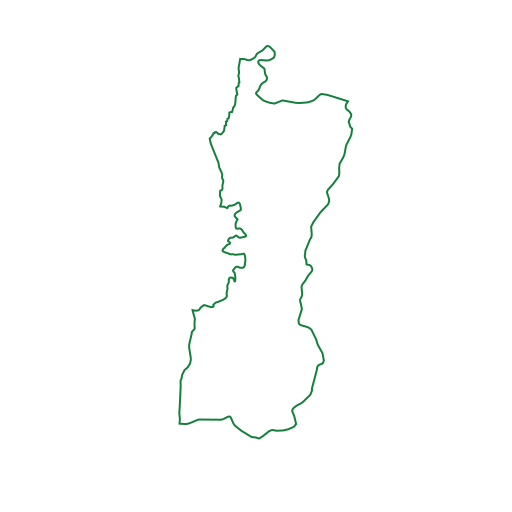 Lima, Mercator projection, rotated 40°
{"feature_id": "PER-591", "entity_name": "Lima", "entity_type": "Department", "adm_level": 1, "iso_a3": "PER", "parent_name": "Peru", "parent_adm1": "", "projection": "mercator", "projection_center": [-76.872, -11.804], "detail": "fine", "context": "isolated", "style": "outline", "palette": "green", "viewbox_px": 512, "rotation_deg": 40, "n_neighbors": 0, "source": "natural_earth", "source_scale": "10m", "svg_char_len": 5624}
<svg xmlns="http://www.w3.org/2000/svg" viewBox="0 0 512 512"><g transform="rotate(40 256 256)"><path d="M305.2,433.6L302.4,429.7L298.6,426.1L291.3,416.3L282.1,404.3L278.4,400.1L277.5,397.3L275.9,394.7L274.6,389.5L275.2,385.4L274.6,380.6L272.8,377.5L271.7,376.1L263.8,369.3L261.6,366.6L256.7,356.9L255.7,355.4L255.8,352.2L255.7,351.1L254.8,350.0L253.0,348.2L249.4,343.3L244.4,339.9L242.2,338.2L243.0,337.8L243.9,337.4L244.8,336.8L246.3,335.4L246.9,334.0L247.0,332.7L246.8,331.5L246.9,330.1L247.8,326.9L254.2,324.2L255.1,323.4L255.6,322.8L255.9,322.2L255.8,321.8L255.3,321.6L254.9,321.1L254.7,320.7L254.9,318.6L255.2,317.5L255.6,316.8L256.1,315.9L256.6,315.3L257.1,314.5L257.5,313.3L258.6,311.5L259.6,308.8L259.7,307.8L259.9,306.9L259.7,306.0L259.4,305.3L258.3,304.4L257.3,303.2L255.3,299.6L254.9,299.0L254.1,298.4L253.2,297.3L252.5,295.6L252.3,294.3L251.8,293.2L250.4,291.7L249.8,290.3L250.2,288.9L251.3,288.3L252.1,287.6L252.7,287.6L255.9,289.2L256.2,289.0L256.0,288.3L254.3,286.1L252.7,284.5L250.5,282.7L249.3,282.5L248.5,282.4L248.1,282.1L247.6,281.6L247.5,277.9L247.8,276.9L249.2,275.9L249.9,275.7L250.8,275.5L252.8,274.2L253.9,272.6L253.8,271.7L253.5,270.5L251.8,268.0L251.4,267.2L251.0,266.5L248.4,263.8L247.4,263.0L245.9,262.1L245.1,262.1L243.7,264.0L239.3,268.4L238.5,268.9L237.2,269.4L236.4,270.1L235.6,271.0L234.7,271.4L232.9,271.9L229.8,273.2L228.8,273.5L227.8,273.5L227.4,273.6L227.0,273.5L226.6,272.9L226.3,271.4L226.6,270.3L226.7,269.6L226.6,269.0L226.6,268.4L226.6,267.6L226.8,265.7L227.1,265.2L227.5,264.8L228.0,264.0L228.0,263.3L227.6,262.5L226.4,262.4L225.3,262.6L224.6,262.1L224.3,260.7L224.3,259.5L224.5,258.6L225.1,258.1L226.3,256.9L226.9,255.8L227.1,254.1L227.6,253.2L228.4,252.9L229.2,252.8L230.0,252.9L231.3,252.7L232.1,252.3L235.1,248.3L235.6,247.3L235.3,246.8L234.2,246.2L231.2,245.9L228.9,245.1L227.0,244.9L225.6,245.4L224.9,246.4L223.8,247.4L223.1,247.6L221.8,246.9L221.2,246.2L220.5,245.5L219.5,244.2L218.6,241.4L218.5,240.1L218.2,239.7L217.4,239.6L216.4,239.7L214.0,239.1L213.5,238.6L213.1,238.0L213.0,235.6L213.8,233.5L214.2,232.1L214.7,231.0L214.7,230.4L214.2,229.8L212.6,228.2L211.6,227.6L210.8,226.9L209.9,226.4L208.5,226.2L208.0,226.6L207.7,226.9L206.6,230.8L205.4,232.5L204.6,233.6L203.4,234.3L203.0,235.4L202.9,236.3L203.1,236.9L203.3,237.6L202.9,237.9L199.9,238.8L196.8,241.1L196.6,241.1L196.3,239.9L195.0,237.1L193.4,234.9L191.7,234.0L190.2,233.4L188.9,232.2L187.0,229.6L186.6,228.8L187.4,227.7L187.4,226.7L186.9,225.8L184.9,223.5L183.4,220.5L182.5,219.3L181.5,218.7L180.2,218.3L179.3,217.4L177.9,215.4L175.9,214.1L171.0,211.9L167.3,208.7L149.5,199.2L146.5,197.0L145.0,195.7L145.3,194.3L145.1,191.6L144.5,189.2L145.3,188.5L145.0,187.5L145.9,186.6L146.9,186.5L148.3,186.8L149.4,186.2L150.7,185.7L151.2,183.9L151.1,180.9L149.5,178.1L148.3,176.4L149.0,175.0L146.6,172.4L147.2,171.2L146.0,169.2L146.5,168.2L145.5,165.9L143.4,163.3L143.9,162.3L145.1,161.2L144.1,158.8L143.1,156.9L143.2,155.4L142.4,153.1L141.1,151.1L139.4,148.8L137.7,146.2L137.9,144.3L135.0,142.0L132.9,140.1L132.9,138.4L133.5,137.3L131.6,134.6L131.7,133.7L128.4,130.6L126.7,129.4L126.0,128.0L125.3,126.7L124.5,125.7L122.0,123.5L117.2,115.2L120.3,112.8L120.9,112.4L122.9,111.7L124.0,111.2L125.0,110.3L125.9,109.0L126.8,106.8L127.3,105.3L127.5,104.2L127.4,103.5L126.9,101.6L126.8,100.5L127.0,99.3L128.7,94.6L128.9,93.3L129.2,88.7L129.7,87.8L131.1,87.1L132.5,86.9L138.9,87.6L140.7,89.4L141.2,90.0L142.2,92.4L141.6,94.5L140.7,96.6L140.1,97.7L139.3,98.6L137.6,100.1L134.8,102.0L133.1,103.4L132.9,103.8L132.6,104.6L132.8,105.7L133.7,106.6L135.7,107.2L137.3,107.3L140.1,107.1L141.4,107.1L142.6,107.5L144.8,109.7L145.9,110.6L149.1,111.9L150.2,112.7L150.9,114.2L151.1,115.3L150.8,116.6L150.0,118.9L149.8,120.1L149.7,121.2L149.9,122.5L150.2,123.7L151.0,126.0L151.3,127.2L151.3,128.5L151.1,129.8L151.2,130.9L151.9,131.7L153.9,132.0L160.9,132.2L162.6,131.9L168.5,129.6L172.3,127.2L176.3,119.8L188.0,113.1L190.8,111.0L196.6,105.4L199.0,101.8L200.2,99.3L200.5,97.9L201.1,92.2L201.5,90.9L202.0,89.8L207.1,86.7L227.0,78.4L227.6,82.2L228.2,83.3L229.4,84.7L230.6,85.3L231.9,85.4L233.4,85.3L235.1,85.4L237.6,86.1L238.7,87.2L239.3,88.5L239.8,91.2L240.7,93.6L245.0,96.3L245.7,96.5L247.9,96.7L250.8,101.5L251.7,103.7L253.8,112.8L254.7,114.8L257.9,120.3L258.8,122.3L259.4,124.1L260.7,131.5L263.1,135.1L266.5,138.9L268.2,141.7L268.8,151.8L268.5,158.3L268.7,159.8L269.0,160.9L269.7,161.8L275.1,165.2L276.8,166.9L277.9,169.8L278.0,171.4L277.8,173.0L277.3,181.1L278.2,193.0L279.3,198.0L284.9,203.7L286.4,206.1L286.7,208.6L290.5,220.4L292.3,222.8L293.3,224.6L294.6,225.7L297.4,227.1L298.5,228.2L299.8,229.8L300.7,229.8L302.5,228.6L304.0,228.3L306.5,229.1L307.7,230.0L308.4,231.1L308.6,232.5L308.6,237.8L309.6,243.0L309.8,247.7L310.2,249.4L310.9,250.6L316.0,255.6L316.9,257.2L317.7,260.7L318.4,261.8L319.3,262.6L321.5,264.1L325.3,267.2L329.6,277.5L330.7,278.8L332.4,280.2L333.5,280.4L335.5,279.9L341.0,277.4L342.6,277.0L345.0,276.8L346.4,277.1L355.6,281.2L356.6,281.8L357.5,282.5L360.6,284.4L369.4,287.7L375.0,292.3L375.5,293.2L376.2,295.3L374.0,299.5L374.3,301.8L375.7,303.9L383.9,321.3L385.4,323.1L386.8,327.4L385.8,337.7L385.1,340.2L383.4,344.3L382.5,348.0L382.6,349.9L383.2,351.3L384.2,352.0L388.4,354.2L394.8,359.0L394.8,362.5L392.2,367.8L389.2,371.9L384.3,376.5L380.3,378.8L379.4,380.2L378.5,382.4L377.1,389.5L375.7,393.8L372.6,395.1L369.5,397.2L367.9,397.7L357.1,399.3L349.3,399.5L346.5,398.9L341.1,396.2L340.6,396.0L340.4,395.9L340.1,395.8L339.3,395.8L338.4,396.4L337.5,397.8L336.0,401.6L335.2,402.9L334.1,404.2L317.7,417.7L316.7,418.9L312.5,427.0L310.6,429.6L305.2,433.6L305.2,433.6Z" fill="none" stroke="#15803d" stroke-width="2"/></g></svg>